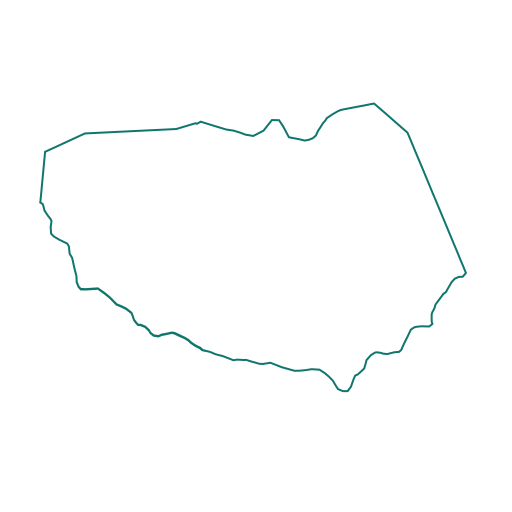 Beida, Western Darfur, Sudan (Albers equal-area conic projection), rotated 261°
{"feature_id": "16777658B9931993566109", "entity_name": "Beida", "entity_type": "district", "adm_level": 2, "iso_a3": "SDN", "parent_name": "Sudan", "parent_adm1": "Western Darfur", "projection": "albers", "projection_center": [21.993, 12.896], "detail": "fine", "context": "isolated", "style": "outline", "palette": "teal", "viewbox_px": 512, "rotation_deg": 261, "n_neighbors": 0, "source": "geoboundaries", "source_scale": "gbopen_adm2", "svg_char_len": 3361}
<svg xmlns="http://www.w3.org/2000/svg" viewBox="0 0 512 512"><g transform="rotate(261 256 256)"><path d="M342.6,51.3L342.4,51.6L340.5,53.5L337.8,53.9L334.0,54.2L331.6,55.3L328.5,56.7L324.9,58.7L322.7,59.5L320.2,58.8L317.1,57.8L310.2,57.1L307.1,59.2L302.9,64.2L297.7,71.6L295.2,72.5L294.6,72.7L287.4,72.3L282.9,74.1L271.5,74.8L265.6,75.4L264.3,75.5L262.3,75.3L258.1,74.8L253.3,75.9L250.4,77.7L249.5,82.6L248.9,89.2L248.4,94.7L246.4,96.8L242.2,101.0L240.3,102.7L237.4,105.3L229.8,110.6L227.0,115.2L224.3,119.1L219.1,124.1L216.0,124.8L211.8,125.5L208.4,127.3L206.3,128.7L205.6,131.5L203.2,135.4L199.1,138.6L196.3,139.7L193.2,142.5L191.8,147.1L192.7,150.4L192.8,154.3L193.2,160.9L192.2,163.3L190.7,165.5L189.1,167.8L185.9,172.8L183.1,176.0L180.4,178.1L178.0,180.6L177.4,181.2L176.0,183.0L173.7,186.2L171.4,188.1L171.2,188.6L173.9,186.5L175.9,183.3L178.0,180.8L180.4,178.3L183.2,176.2L186.0,173.0L189.8,167.4L192.2,163.8L193.2,161.0L192.9,154.6L192.9,150.7L191.8,147.2L193.2,142.6L196.3,139.7L199.1,138.7L203.2,135.5L205.6,131.6L206.3,128.7L208.4,127.3L211.9,125.5L216.0,124.8L219.1,124.1L224.3,119.2L227.1,115.3L229.8,110.7L237.4,105.3L242.2,101.1L246.4,96.8L248.5,94.7L249.5,82.7L250.5,77.7L253.3,75.9L258.1,74.9L258.4,74.9L253.7,75.9L250.9,77.7L249.9,82.7L248.8,94.7L246.8,96.8L242.6,101.1L237.8,105.3L230.2,110.7L227.4,115.3L224.7,119.2L219.5,124.1L216.4,124.8L212.2,125.5L208.8,127.3L206.7,128.7L206.0,131.6L203.6,135.5L199.5,138.7L196.7,139.7L193.6,142.6L192.2,147.2L193.2,150.7L193.2,154.6L193.6,161.0L192.6,163.8L190.1,167.4L186.3,173.0L183.6,176.2L180.8,178.3L178.4,180.8L176.3,183.3L174.2,186.5L171.5,188.6L168.4,195.7L165.3,200.7L162.2,207.8L158.7,213.8L156.6,217.3L156.6,221.2L155.2,227.6L154.9,230.1L152.8,234.3L150.7,238.9L149.0,242.5L148.3,245.7L148.3,253.5L146.9,255.9L142.1,264.1L136.6,276.1L135.9,281.1L135.5,287.1L135.5,293.2L133.8,300.9L129.6,305.6L125.5,309.1L121.0,312.3L115.8,314.4L111.7,316.2L108.9,320.8L108.2,325.4L112.0,329.3L119.2,333.2L122.4,335.3L123.0,337.8L125.5,341.7L127.9,345.2L132.4,347.4L135.8,348.8L140.0,353.8L142.0,358.4L142.0,360.1L141.0,363.7L139.6,366.5L138.6,370.4L138.9,373.2L139.3,377.9L138.9,382.1L140.3,384.6L147.9,389.6L152.7,393.1L159.0,397.4L160.7,400.9L161.0,403.7L160.7,408.3L160.0,412.2L159.3,416.1L161.3,419.6L163.7,419.3L164.1,419.3L171.1,420.4L173.1,421.5L176.2,423.9L180.0,425.7L184.2,430.0L188.7,434.6L188.7,434.2L190.8,438.1L193.2,439.9L196.6,442.7L199.7,445.2L202.5,448.8L203.6,453.0L203.2,456.9L205.3,459.4L206.5,460.7L209.3,460.0L214.4,458.8L218.8,457.7L223.0,456.7L228.1,455.5L232.6,454.4L236.6,453.4L241.2,452.3L264.0,446.8L269.0,445.6L276.0,443.9L282.6,442.3L289.8,440.5L297.3,438.7L303.2,437.3L312.8,435.0L320.6,433.1L327.0,431.5L334.8,429.6L344.1,427.4L354.2,424.9L358.7,421.1L362.9,417.6L367.7,413.6L374.6,407.9L379.8,403.5L383.7,400.2L388.1,396.5L388.0,391.7L387.8,387.9L387.7,384.7L387.6,380.5L387.5,377.1L387.3,370.7L387.0,363.1L387.0,362.5L386.9,362.4L386.2,359.5L384.1,354.0L381.2,347.7L378.6,345.3L376.6,342.8L373.0,339.7L370.0,336.9L365.6,334.0L363.4,330.4L362.5,326.2L362.4,322.1L364.3,317.7L368.1,307.1L379.5,303.2L386.5,300.0L387.8,293.0L378.6,283.0L375.0,272.1L377.5,264.6L380.6,259.1L383.4,253.3L385.6,246.3L387.8,241.8L390.1,237.0L397.3,222.4L395.8,218.3L396.6,217.2L393.9,197.1L403.8,106.2L391.9,64.0L342.8,51.4L342.6,51.3Z" fill="none" stroke="#0f766e" stroke-width="2"/></g></svg>